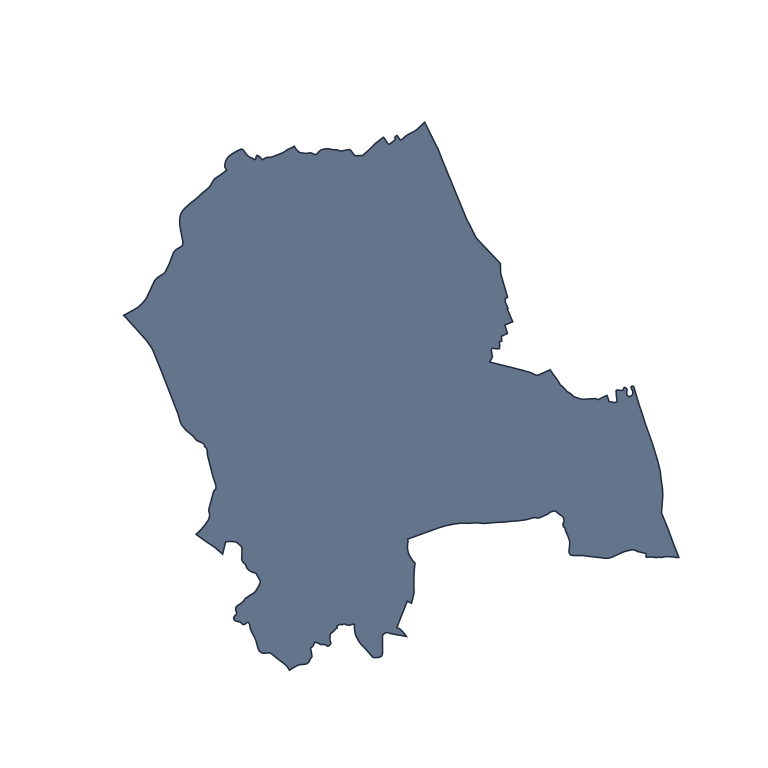 Pa Mok, Ang Thong, Thailand (Natural Earth projection), rotated 158°
{"feature_id": "78962969B20777837687039", "entity_name": "Pa Mok", "entity_type": "district", "adm_level": 2, "iso_a3": "THA", "parent_name": "Thailand", "parent_adm1": "Ang Thong", "projection": "natural_earth1", "projection_center": [100.461, 14.49], "detail": "fine", "context": "isolated", "style": "filled", "palette": "slate", "viewbox_px": 768, "rotation_deg": 158, "n_neighbors": 0, "source": "geoboundaries", "source_scale": "gbopen_adm2", "svg_char_len": 6171}
<svg xmlns="http://www.w3.org/2000/svg" viewBox="0 0 768 768"><g transform="rotate(158 384 384)"><path d="M599.7,545.2L598.6,542.7L587.8,512.9L587.1,509.8L585.7,502.9L585.6,482.3L586.2,433.5L587.2,424.3L587.0,421.9L585.2,416.0L583.9,413.1L582.8,411.5L580.8,407.6L579.1,402.4L578.4,401.3L574.5,397.4L573.2,395.0L573.6,394.3L573.7,393.1L572.9,391.8L572.6,390.2L572.8,388.9L573.8,385.9L574.5,383.2L577.3,362.3L577.8,353.8L578.2,351.9L578.9,350.3L579.5,349.7L582.3,348.2L593.0,334.0L593.9,332.4L594.2,331.7L594.3,329.0L596.0,325.6L597.7,323.9L598.8,322.9L600.9,322.0L601.7,321.0L608.1,317.6L614.6,315.0L608.4,305.1L602.1,295.9L597.4,286.6L590.0,296.9L587.3,296.2L584.1,295.0L580.7,293.1L579.9,292.2L577.6,287.9L577.1,286.2L577.6,283.9L581.6,274.7L581.7,272.6L581.2,270.8L580.1,268.7L580.2,265.7L579.7,263.4L577.8,260.1L576.5,258.7L574.0,256.8L573.6,256.0L572.5,247.7L572.8,247.0L574.9,244.4L580.3,240.2L581.5,239.5L583.8,238.8L588.1,238.2L590.7,237.5L592.5,237.4L594.8,235.9L596.7,234.9L599.0,234.1L602.3,233.6L604.2,232.9L605.4,231.9L605.9,230.9L606.2,229.5L606.3,227.3L606.7,226.4L607.6,225.5L609.4,224.9L610.5,224.2L611.2,223.1L611.3,222.0L611.0,220.7L609.9,219.4L606.4,217.0L605.4,214.6L604.6,213.7L603.9,213.3L603.2,213.3L600.9,214.0L599.9,214.1L599.3,213.9L598.9,213.2L598.7,212.3L598.7,211.4L599.5,208.1L599.7,205.2L599.4,201.5L599.0,198.1L598.9,194.5L599.8,186.3L599.8,183.6L599.4,182.6L598.4,180.9L597.2,179.8L595.6,179.1L592.1,178.1L590.6,177.4L589.7,176.5L584.4,167.0L581.9,163.0L580.2,159.6L579.7,158.4L578.9,154.0L573.2,155.1L569.1,155.5L566.6,155.1L562.9,153.9L560.9,153.5L559.9,153.6L558.3,154.1L556.8,155.1L555.6,156.6L553.7,157.5L552.8,158.3L551.4,164.2L551.4,166.2L550.9,166.6L548.7,167.3L547.4,168.2L544.9,170.5L542.6,169.0L540.4,166.2L536.8,164.8L536.1,164.2L534.6,162.0L534.1,161.8L533.1,161.8L530.9,162.9L530.2,163.8L530.1,166.9L527.5,172.4L522.8,173.7L520.8,175.0L519.0,175.2L518.7,175.5L518.4,176.9L518.0,177.3L515.0,177.7L513.2,176.5L512.4,176.4L511.3,176.7L510.8,176.6L509.2,174.8L507.9,174.1L507.2,173.5L505.2,173.1L502.8,173.0L501.5,172.4L503.1,168.2L504.1,164.1L504.4,161.1L504.1,157.1L503.3,152.9L502.8,151.2L500.4,145.3L497.2,135.8L496.8,134.9L496.1,134.2L494.1,133.3L491.3,132.5L490.0,132.3L488.6,132.5L487.0,133.7L486.5,134.4L485.9,135.5L479.8,150.9L479.2,151.7L477.0,152.5L475.3,152.7L474.1,152.4L470.8,149.7L457.8,141.5L458.7,145.5L460.4,149.8L461.9,152.0L463.3,153.4L443.8,173.9L440.7,170.4L437.6,174.4L434.5,179.0L433.8,180.5L432.3,184.7L427.7,195.7L424.8,201.7L422.4,206.1L422.3,206.4L423.3,208.8L424.0,211.3L424.7,216.3L424.6,218.7L424.2,221.2L423.3,224.1L421.9,227.1L420.8,228.6L420.2,231.3L387.0,230.1L379.6,229.4L371.6,227.9L365.0,226.2L357.2,222.9L350.9,220.9L343.3,217.1L332.1,213.7L323.2,210.6L314.8,208.3L313.4,207.6L304.5,205.2L302.2,204.8L294.9,203.9L293.4,203.2L292.4,202.4L290.2,201.7L280.4,202.0L278.3,202.8L276.2,202.8L274.4,202.7L273.2,202.2L272.4,201.5L270.3,197.5L268.4,194.9L267.9,193.6L267.7,192.0L268.4,189.3L269.1,188.4L270.5,187.4L271.1,184.9L271.1,184.3L270.1,182.8L270.7,180.1L270.5,174.6L270.6,170.1L271.1,167.5L273.2,163.3L274.5,161.1L275.4,158.9L275.6,157.8L275.1,155.5L272.5,153.9L263.3,150.2L258.8,147.5L247.6,141.5L244.9,139.8L242.4,138.8L240.6,138.3L237.4,138.0L224.7,138.6L216.3,137.5L214.6,136.6L213.6,135.6L212.5,135.0L211.8,133.7L204.8,128.9L204.6,128.3L205.8,125.8L205.8,125.4L205.3,124.9L201.7,123.8L196.4,121.0L194.7,120.7L192.3,119.4L189.0,118.8L186.9,118.2L180.1,115.1L178.5,113.9L175.6,112.7L175.4,129.4L174.9,142.6L175.0,160.5L167.4,175.8L165.0,182.5L162.5,192.8L160.6,199.3L158.9,211.0L157.4,228.5L156.5,250.4L155.7,259.9L155.2,269.4L153.4,288.3L154.7,289.1L155.3,289.2L156.0,288.8L156.2,288.3L156.4,287.3L156.1,284.5L156.4,282.8L157.3,281.5L157.8,281.0L158.9,280.5L160.5,280.2L161.2,280.4L161.8,280.9L162.4,281.6L162.7,282.4L162.5,284.7L161.0,287.1L160.6,288.1L160.9,289.1L161.6,290.4L162.3,290.7L162.9,290.7L164.4,289.0L165.4,288.8L166.4,289.1L169.9,291.1L171.0,291.2L171.3,290.9L173.2,285.4L174.2,281.0L175.0,280.3L176.3,280.2L177.9,280.8L179.5,282.1L181.9,283.3L181.4,289.7L181.7,290.0L191.5,289.3L191.9,289.7L192.5,290.7L193.1,291.2L204.1,294.9L206.9,296.1L212.7,301.1L214.5,305.0L216.4,307.6L217.3,308.6L217.8,310.9L219.6,315.0L220.5,316.5L220.8,317.2L221.7,322.9L223.6,330.1L224.6,335.0L237.0,334.5L238.7,334.7L239.5,335.1L240.1,335.6L243.7,339.6L250.3,344.8L277.7,364.7L273.5,368.3L273.2,368.9L271.9,374.7L271.6,375.7L271.4,376.0L270.4,376.4L269.6,376.3L266.4,374.3L263.6,373.5L263.1,374.9L262.3,376.0L261.5,379.2L261.2,379.6L261.0,379.8L259.1,379.6L258.7,379.7L257.3,384.2L250.6,384.6L249.8,393.4L241.3,393.5L241.6,407.5L240.6,407.7L240.9,414.2L239.3,418.1L237.1,417.9L236.9,418.2L234.4,442.9L230.9,452.0L243.8,484.9L244.9,499.2L245.6,504.5L246.0,571.9L245.8,582.1L246.3,586.0L248.2,611.5L258.0,607.7L260.6,607.0L267.6,606.4L271.2,605.7L275.9,604.0L277.0,603.8L277.5,604.0L278.8,609.6L280.7,609.3L281.2,608.9L281.5,608.5L282.0,606.6L282.3,606.2L289.2,604.3L289.9,604.6L290.4,605.5L291.7,612.4L292.1,613.0L301.2,610.5L311.2,606.3L317.3,604.3L318.3,604.0L318.9,604.1L325.5,606.6L327.2,612.7L327.7,613.9L328.8,614.6L330.8,614.9L335.9,616.0L337.8,616.6L339.4,618.5L343.5,620.3L346.1,622.2L349.6,623.9L353.1,624.5L355.1,624.5L358.2,623.5L359.6,622.5L360.4,622.3L361.3,622.4L362.2,622.7L365.2,625.8L369.9,627.0L374.2,629.4L375.7,630.6L377.3,633.8L378.2,638.2L381.1,637.7L386.1,637.5L389.1,636.6L391.4,636.4L402.7,636.4L408.3,638.1L412.9,637.5L413.9,640.8L415.3,642.9L415.8,643.5L416.3,643.6L416.8,643.2L419.0,640.5L419.3,640.3L419.8,640.4L421.1,642.2L423.7,644.9L424.9,646.8L425.9,649.9L426.6,653.0L427.3,654.5L428.0,655.1L429.1,655.3L432.5,655.2L438.1,654.4L441.6,653.6L444.1,652.6L447.2,650.3L450.2,645.7L450.3,644.3L449.9,641.7L449.9,641.3L450.2,641.1L458.9,638.8L460.0,638.7L464.6,637.6L470.3,633.3L472.6,631.8L480.8,629.2L484.8,627.6L490.8,625.5L494.2,624.7L502.4,621.8L506.0,620.0L509.2,617.3L511.6,613.6L513.5,609.0L515.0,602.8L517.1,591.6L518.5,588.6L519.5,587.6L526.5,586.5L529.8,584.9L538.2,575.8L545.0,569.8L546.5,568.9L550.7,568.3L555.0,567.2L558.1,565.7L572.5,552.3L578.0,549.3L583.5,547.3L588.9,546.4L599.7,545.2Z" fill="#64748b" stroke="#1e293b" stroke-width="1.5"/></g></svg>